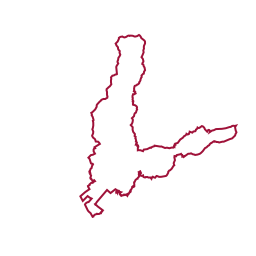 the district of Gurghiu, Mures, Romania, rotated 320°
{"feature_id": "2599482B77375786241858", "entity_name": "Gurghiu", "entity_type": "district", "adm_level": 2, "iso_a3": "ROU", "parent_name": "Romania", "parent_adm1": "Mures", "projection": "natural_earth1", "projection_center": [24.887, 46.798], "detail": "fine", "context": "isolated", "style": "outline", "palette": "rose", "viewbox_px": 256, "rotation_deg": 320, "n_neighbors": 0, "source": "geoboundaries", "source_scale": "gbopen_adm2", "svg_char_len": 5909}
<svg xmlns="http://www.w3.org/2000/svg" viewBox="0 0 256 256"><g transform="rotate(320 128 128)"><path d="M212.2,195.6L210.9,195.0L210.5,194.3L209.7,193.7L208.7,193.3L207.4,193.2L206.3,192.5L202.7,191.0L199.4,189.0L194.7,185.4L192.2,184.8L190.8,184.0L187.9,183.7L188.9,183.1L189.0,182.5L188.9,181.7L188.6,181.3L188.2,181.1L186.3,181.7L186.1,178.5L186.6,176.7L186.4,175.0L185.8,174.0L182.8,173.8L181.6,173.0L181.5,172.4L180.6,173.0L179.0,172.9L178.2,173.5L177.5,173.7L175.8,172.7L174.3,172.9L172.9,170.5L172.5,170.9L171.1,171.4L170.9,171.7L169.6,171.4L169.1,170.1L168.6,170.5L166.8,170.6L165.7,170.3L163.8,170.7L160.6,170.4L156.5,171.4L154.2,170.4L153.6,171.2L153.2,170.7L151.7,172.1L151.6,171.4L150.2,172.2L148.8,171.0L146.7,170.1L145.2,168.1L143.5,167.1L141.7,163.6L140.7,162.9L137.1,158.7L136.8,159.0L134.4,158.0L132.8,158.0L132.5,157.3L129.1,156.5L126.2,154.7L124.6,155.4L123.2,153.0L121.8,151.7L121.2,151.4L122.9,149.4L123.8,149.1L124.0,148.7L123.6,148.8L123.5,147.7L124.2,146.5L123.3,145.8L123.9,145.4L125.1,145.1L125.5,144.8L125.5,144.1L125.3,143.5L126.0,143.1L126.4,142.1L126.9,141.6L127.0,140.6L128.2,139.7L127.9,138.4L129.4,137.1L129.5,134.3L130.4,132.3L132.1,130.4L132.0,127.5L133.7,127.3L135.3,126.4L136.9,125.0L137.2,124.3L137.3,123.0L140.2,122.8L141.8,121.5L142.8,121.1L144.0,121.3L145.9,120.0L146.9,119.7L147.3,118.6L148.2,118.0L148.5,117.2L148.2,115.4L146.8,113.4L147.2,112.7L147.9,112.3L148.4,111.6L148.5,110.8L148.8,110.6L149.4,110.7L149.7,109.2L151.0,108.1L151.1,107.5L152.1,106.3L153.3,105.6L153.6,105.7L153.8,105.5L154.3,106.1L156.0,106.4L156.2,105.3L156.7,105.1L156.7,104.3L156.4,104.1L156.6,103.8L156.3,103.5L157.2,102.9L157.8,101.9L159.7,100.3L160.3,100.1L162.1,100.8L162.9,100.6L163.9,101.0L165.3,100.9L166.0,100.1L166.8,100.1L168.3,99.4L168.7,98.9L170.3,98.0L171.2,97.8L172.1,96.5L174.4,96.2L175.0,96.5L176.6,95.1L178.2,94.7L179.6,92.2L179.7,90.9L180.5,89.3L180.1,88.1L181.2,87.4L182.4,87.1L182.9,86.5L183.8,84.5L183.9,82.4L185.2,81.9L188.6,80.1L189.6,78.4L191.3,77.4L192.1,76.2L193.1,75.3L195.4,74.2L196.6,72.7L196.8,71.6L196.0,67.6L196.4,66.4L196.5,65.0L196.2,63.8L194.1,63.5L192.3,62.6L191.8,62.1L190.9,60.4L189.4,58.9L188.4,58.5L188.2,57.8L186.9,57.2L185.4,57.1L183.7,56.5L182.9,55.5L182.5,54.3L180.7,53.3L179.0,53.1L178.4,53.8L175.7,55.1L172.8,55.4L172.6,56.4L172.2,57.3L172.2,59.7L171.3,61.0L171.0,62.1L171.2,63.5L170.8,64.1L169.9,64.9L169.2,66.9L167.4,67.7L165.9,68.0L164.0,69.6L162.8,70.2L162.3,70.9L162.0,72.3L159.3,73.1L158.2,73.7L154.2,79.6L153.8,79.6L152.7,78.9L150.9,78.6L149.7,77.9L147.5,78.3L146.7,79.7L145.8,80.3L144.3,82.1L143.3,83.8L140.8,84.4L139.6,84.3L136.6,84.5L135.6,85.6L135.3,86.5L134.4,87.8L133.8,88.3L132.7,90.0L132.7,90.5L131.6,91.5L129.1,91.1L127.9,90.0L125.7,89.3L125.0,89.6L123.1,89.6L119.5,90.1L118.7,90.4L117.6,91.6L114.8,92.7L110.9,93.0L109.6,92.8L109.0,94.5L108.3,95.0L108.2,96.4L107.0,99.3L106.4,100.0L105.7,99.9L104.9,101.5L102.9,103.9L100.8,105.6L99.9,106.0L99.1,108.4L97.8,109.7L95.6,110.8L95.3,111.5L95.1,113.1L95.5,114.9L95.4,115.8L94.6,117.6L96.3,119.3L96.4,120.9L96.2,122.1L90.0,121.2L89.8,122.4L88.8,122.0L88.4,122.1L87.7,122.5L86.6,123.9L86.2,126.4L83.9,125.9L82.1,124.9L78.6,125.3L78.7,127.0L76.9,131.3L77.2,132.0L77.9,132.6L77.9,133.3L76.0,134.0L74.3,135.3L73.2,135.2L71.7,136.1L70.5,136.4L70.1,137.1L70.7,137.2L69.5,139.5L69.3,139.4L69.1,140.8L67.2,141.9L67.2,143.0L66.8,143.0L67.0,145.1L66.9,146.1L68.5,146.2L68.5,147.5L67.0,147.1L65.7,147.3L65.2,146.6L64.6,146.4L62.2,146.5L62.0,147.0L61.8,147.0L60.0,146.7L59.7,147.2L59.2,150.1L54.0,149.6L47.6,149.7L46.5,154.8L53.3,154.2L53.9,156.8L54.8,158.7L50.2,159.4L49.5,158.9L48.2,158.6L46.8,158.6L45.8,159.0L44.2,165.4L44.2,166.9L44.6,169.1L43.8,173.3L44.6,173.6L45.3,173.1L47.1,173.1L48.2,173.6L49.1,173.7L49.3,174.3L50.7,175.3L52.0,175.4L52.0,175.7L52.4,175.9L52.6,175.5L53.3,175.1L54.3,175.4L55.2,175.1L55.2,174.8L55.8,174.8L54.3,168.4L54.2,166.9L53.7,166.0L53.8,165.1L54.7,165.2L56.7,164.6L72.1,162.0L72.8,166.6L79.0,166.8L79.4,168.0L79.3,168.4L79.6,168.6L79.6,169.0L79.4,169.1L79.5,169.2L78.3,169.1L77.7,169.5L77.5,169.9L78.4,169.9L78.3,170.4L78.5,170.2L79.9,170.2L79.7,170.6L80.2,170.8L79.8,171.3L80.6,171.5L81.4,172.7L80.1,172.6L79.8,173.1L79.2,173.4L79.1,174.0L79.4,174.5L79.2,175.0L79.5,175.1L79.5,175.7L80.2,175.7L80.6,176.3L81.1,176.3L81.9,176.9L82.3,176.6L82.8,177.3L83.5,177.6L83.4,177.9L83.9,178.1L84.0,178.5L83.8,178.6L83.9,179.5L84.5,179.1L85.1,179.1L84.8,178.4L84.9,178.1L87.0,178.6L88.1,178.1L88.5,178.6L89.1,178.5L89.2,177.6L90.1,177.2L90.5,177.4L92.9,176.3L93.6,176.5L93.6,175.8L94.4,175.8L94.9,176.8L95.1,176.8L95.1,176.4L95.6,175.9L96.1,175.9L97.4,174.0L97.8,173.9L97.9,173.5L99.0,173.3L100.5,172.6L102.1,172.7L102.8,173.0L103.3,172.5L104.8,172.4L106.2,171.7L106.3,171.4L106.1,171.1L106.4,170.6L106.8,170.7L106.7,170.3L107.1,169.9L107.8,169.8L107.9,168.7L109.5,169.0L109.0,170.9L107.9,171.1L106.6,172.0L107.7,173.5L109.1,174.0L108.4,175.2L108.6,175.9L109.3,176.9L110.2,177.0L110.7,177.6L111.3,177.9L111.8,179.1L113.7,180.7L113.8,181.0L113.3,181.3L113.3,181.9L114.1,181.3L114.2,181.6L115.7,181.3L116.0,182.3L116.8,183.5L119.0,183.1L119.4,183.5L120.4,185.4L122.0,186.7L126.0,189.0L126.7,189.2L127.8,189.0L130.1,188.1L130.7,187.4L132.2,187.1L133.0,187.4L135.3,187.3L138.6,186.2L139.5,186.3L140.2,184.6L140.7,184.1L143.3,182.8L144.7,180.2L145.6,179.4L146.5,180.6L146.9,180.6L147.2,180.2L148.0,180.1L151.1,181.7L152.0,181.9L151.8,182.8L152.2,183.4L151.2,184.9L152.6,185.4L152.3,186.0L157.5,186.4L159.1,187.6L160.0,187.9L160.7,189.7L161.6,190.8L162.1,191.8L164.1,193.0L166.3,193.9L168.0,194.0L170.4,193.8L174.1,192.9L175.7,193.3L177.8,193.1L179.2,193.4L180.0,193.0L181.6,192.8L182.0,193.1L185.1,193.3L185.6,193.6L185.5,194.1L186.4,194.6L186.7,195.5L188.0,196.7L188.5,197.7L191.6,199.2L192.5,200.0L198.7,201.9L201.1,202.9L205.2,202.6L206.7,201.6L208.2,201.1L208.7,200.0L208.7,199.5L210.3,196.6L210.7,196.1L212.2,195.6Z" fill="none" stroke="#9f1239" stroke-width="2"/></g></svg>